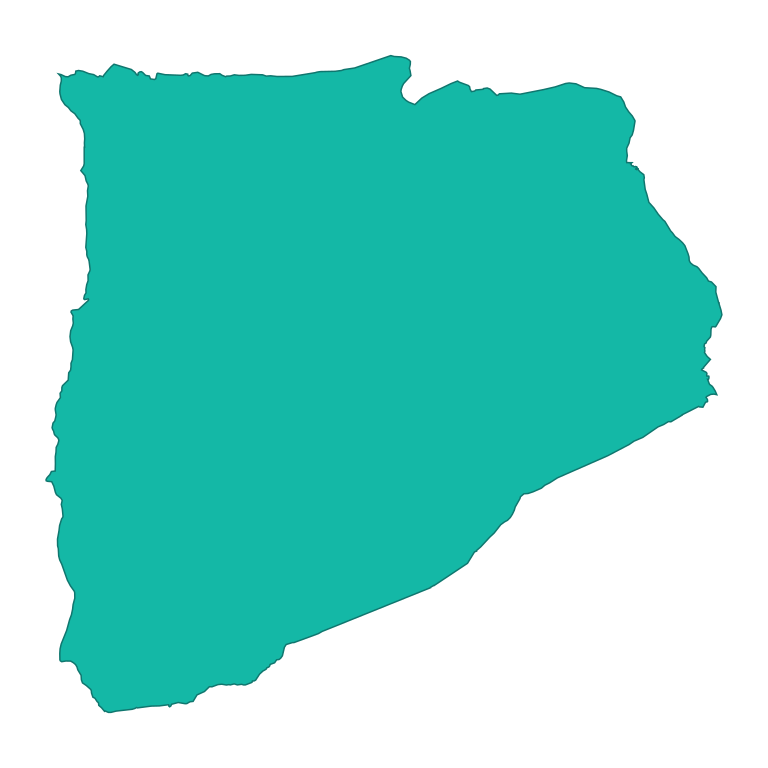 outline of Lapusata, Vâlcea, Romania
{"feature_id": "2599482B55228800753193", "entity_name": "Lapusata", "entity_type": "district", "adm_level": 2, "iso_a3": "ROU", "parent_name": "Romania", "parent_adm1": "Vâlcea", "projection": "equal_earth", "projection_center": [23.992, 44.913], "detail": "fine", "context": "isolated", "style": "filled", "palette": "teal", "viewbox_px": 768, "rotation_deg": 0, "n_neighbors": 0, "source": "geoboundaries", "source_scale": "gbopen_adm2", "svg_char_len": 5828}
<svg xmlns="http://www.w3.org/2000/svg" viewBox="0 0 768 768"><path d="M716.8,394.7L715.2,391.0L713.1,387.5L712.1,386.2L709.6,384.4L709.2,383.6L707.6,379.4L708.3,379.6L708.8,378.6L709.0,376.9L708.7,376.1L706.9,376.1L706.7,375.6L706.9,373.3L706.2,372.3L701.6,369.9L702.3,368.6L703.6,368.0L703.6,367.3L710.4,359.4L707.2,356.5L704.5,352.6L704.9,351.0L704.6,349.5L704.9,347.6L704.1,346.7L704.1,346.0L704.6,343.8L706.1,343.0L706.6,341.3L710.4,337.0L710.8,335.1L711.0,329.4L711.7,327.1L712.8,326.6L715.3,326.9L715.9,326.4L720.5,318.6L721.9,314.8L721.0,310.2L719.2,304.3L719.1,302.9L718.7,302.9L715.8,292.1L716.0,286.7L711.5,282.0L708.4,281.0L706.6,277.7L701.9,272.7L698.7,268.4L696.9,266.7L693.3,265.2L690.7,263.1L689.6,261.4L689.2,260.2L689.0,257.0L688.1,253.9L684.9,245.7L682.6,242.8L679.2,239.6L675.1,236.5L672.4,232.8L670.7,231.0L664.9,221.4L662.8,219.6L658.2,214.2L653.8,207.8L648.9,202.4L646.8,194.2L645.2,189.4L643.9,179.7L644.3,177.8L643.8,174.7L640.0,171.8L638.2,169.7L638.2,169.0L636.7,169.6L635.7,169.1L635.9,168.5L637.2,167.8L636.7,166.8L635.5,166.5L634.0,166.8L633.0,165.8L632.3,166.0L631.6,165.5L631.2,164.3L630.6,163.9L631.9,162.7L626.7,162.6L626.5,160.6L627.3,155.6L626.7,151.2L626.7,148.2L629.0,143.2L630.1,137.8L632.2,134.9L633.5,130.3L635.0,121.2L634.9,120.5L632.3,116.0L628.7,111.8L625.5,107.0L623.8,102.0L620.7,96.9L616.8,95.8L609.1,92.0L600.9,89.4L596.5,88.4L584.6,87.7L576.0,83.8L569.2,83.0L565.6,83.5L555.2,86.9L543.5,89.6L520.0,94.2L511.3,93.1L499.4,93.8L498.2,95.0L496.7,95.4L490.1,89.1L487.2,88.0L483.4,88.6L483.1,89.3L475.8,90.0L474.6,91.1L471.4,91.6L470.0,89.0L469.6,86.7L468.3,85.5L459.4,82.2L457.6,81.0L451.0,83.6L441.3,88.3L429.0,93.7L421.8,98.1L414.9,104.6L408.6,102.1L406.0,100.4L402.6,97.1L400.9,91.5L401.2,89.4L402.3,86.1L403.6,83.6L410.9,75.6L410.1,70.8L409.4,68.3L410.3,64.3L410.4,61.5L409.4,60.2L406.2,58.2L401.2,56.9L394.2,56.5L390.8,55.6L354.6,68.0L343.9,69.6L341.4,70.5L335.1,71.3L320.3,71.6L317.1,72.1L315.0,72.7L292.3,76.4L277.1,76.5L270.7,75.8L266.2,76.1L262.6,74.8L251.2,74.4L245.1,75.3L238.9,75.4L234.3,74.8L230.3,76.0L226.7,76.1L225.6,76.7L222.1,75.3L219.8,73.7L214.5,73.8L211.1,74.4L208.4,75.9L206.0,75.8L204.5,75.6L197.8,72.3L192.3,73.1L190.1,75.6L188.5,75.9L187.9,75.5L187.8,74.2L185.6,73.7L183.2,75.0L180.7,75.3L165.1,74.7L157.8,73.2L157.0,73.7L155.8,78.7L154.5,79.5L150.5,78.9L149.3,76.0L145.6,75.4L142.7,72.5L141.4,71.7L140.0,71.8L138.3,72.9L138.0,73.5L138.3,74.6L137.7,75.3L136.5,74.6L135.0,72.4L131.4,69.5L114.0,64.2L111.1,66.7L107.1,71.2L103.7,75.4L103.2,76.7L99.7,75.8L98.6,76.8L97.5,76.9L93.7,74.6L88.8,73.6L82.8,71.2L78.5,70.5L75.8,71.1L75.5,73.3L74.8,74.4L70.9,75.2L68.1,76.8L65.4,76.6L61.1,74.6L58.6,74.0L60.5,76.1L61.3,77.8L61.3,81.1L60.3,85.1L59.8,91.5L60.0,93.8L61.4,99.4L64.9,104.7L68.4,107.5L70.9,110.8L74.8,113.7L78.2,118.4L79.9,120.0L80.3,121.1L80.3,123.7L83.2,129.4L84.4,133.5L84.7,138.9L84.4,142.9L84.6,147.2L84.2,147.2L84.2,150.3L84.2,163.7L83.7,165.9L80.8,170.6L85.0,175.6L86.2,180.9L87.8,184.1L88.3,185.9L87.5,190.7L87.8,196.3L86.0,206.0L86.2,220.6L85.8,224.6L86.6,229.4L86.8,233.6L85.8,247.4L86.8,251.4L86.8,254.8L87.3,256.8L88.6,259.3L89.1,261.2L90.1,269.4L89.9,270.8L88.0,274.9L88.1,280.7L86.7,284.7L85.9,289.5L86.0,292.9L84.5,295.3L83.8,298.5L84.1,299.3L84.7,299.6L88.2,298.8L88.6,299.4L88.3,300.5L78.5,309.5L72.7,310.1L71.3,310.9L71.0,312.1L73.1,315.8L72.9,319.1L73.3,323.1L72.7,325.8L70.7,330.7L70.0,336.6L70.6,341.7L72.6,347.3L73.1,349.9L72.4,359.7L71.0,363.3L71.0,366.8L70.6,370.1L68.7,372.8L68.2,380.1L62.5,385.7L61.9,387.4L61.8,390.9L60.1,393.2L60.4,397.6L57.0,402.4L56.2,404.6L55.3,408.3L55.3,409.9L56.1,414.8L55.8,416.7L54.8,420.9L53.0,423.1L52.1,427.7L52.6,429.3L53.6,431.1L54.3,434.1L55.0,435.2L57.8,437.8L58.6,439.4L58.8,440.7L57.8,444.3L56.2,447.3L56.0,452.2L55.3,456.6L55.4,463.9L55.2,471.0L51.4,471.5L49.9,474.6L47.2,477.5L46.1,479.4L46.1,480.4L46.2,480.8L47.5,481.3L51.7,481.7L53.8,486.1L55.4,492.3L56.5,494.7L60.9,498.2L62.2,500.5L61.3,504.4L62.3,508.8L63.0,516.1L62.8,517.2L61.6,519.0L59.6,525.5L59.0,530.7L57.5,539.1L57.6,545.8L58.3,548.6L58.7,556.0L59.7,559.9L61.8,564.3L67.4,580.2L70.4,585.8L74.3,591.3L74.7,592.7L74.8,598.2L73.1,604.6L72.6,609.2L71.4,614.9L69.7,619.4L66.6,630.6L61.2,644.0L60.1,648.8L59.8,653.6L59.9,659.9L60.4,660.9L61.7,661.7L65.9,661.0L70.7,661.1L73.5,662.8L75.6,664.6L77.0,667.0L77.8,669.8L81.1,675.3L81.4,679.8L82.5,682.9L86.3,685.5L90.7,689.4L91.3,690.7L91.5,693.0L92.9,697.2L94.9,698.2L97.2,701.7L98.4,702.6L98.8,705.4L101.5,707.7L104.5,711.3L104.9,710.9L108.4,712.4L110.9,712.4L116.1,711.1L132.1,709.3L134.8,708.5L136.6,707.5L137.4,707.9L151.2,706.1L159.3,705.9L168.0,704.8L168.6,704.8L168.9,706.2L169.7,706.8L170.9,705.9L171.5,704.3L178.2,702.5L185.1,703.7L186.8,703.6L189.9,701.8L193.1,701.4L197.0,694.9L204.5,691.5L209.4,686.7L212.0,686.8L217.9,684.6L221.7,684.2L226.4,685.0L228.9,684.6L230.3,684.9L234.2,683.9L237.3,684.9L241.6,684.3L243.5,684.9L245.4,684.9L251.2,682.7L252.0,682.3L252.4,681.0L253.9,681.0L255.6,680.2L259.5,674.2L262.8,671.1L266.0,669.3L267.0,667.7L268.8,667.0L269.6,666.1L270.2,664.4L274.6,662.8L276.6,659.8L279.0,659.5L280.6,658.3L282.4,655.8L284.4,647.3L286.2,644.5L292.4,642.6L293.9,642.6L318.4,633.6L322.2,631.4L430.5,587.7L430.4,587.4L433.8,585.4L434.0,585.6L467.5,563.3L474.5,551.9L476.6,551.1L476.5,550.6L477.1,550.0L480.7,546.9L489.7,537.2L494.2,533.0L500.7,524.7L504.5,521.9L507.5,520.3L510.3,517.5L512.4,514.2L514.3,510.2L515.2,507.0L519.9,498.7L520.5,496.7L523.9,493.8L528.0,493.5L533.1,491.8L541.5,488.1L544.9,485.2L549.7,482.8L557.5,477.8L607.8,455.7L629.3,444.4L633.9,441.2L642.8,437.4L658.0,426.9L663.7,424.5L668.4,421.6L670.9,421.8L682.2,415.1L682.1,414.8L698.7,406.4L699.4,406.9L702.9,407.2L705.3,402.7L706.2,401.9L707.1,401.9L707.6,401.3L707.4,399.4L706.0,397.3L706.7,396.5L710.7,394.4L714.0,394.1L716.8,394.7Z" fill="#14b8a6" stroke="#0f766e" stroke-width="1.5"/></svg>